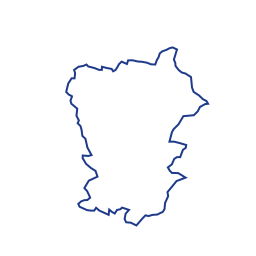 Toropi, Rio Grande do Sul, Brazil, rotated 113°
{"feature_id": "56859067B18993584825810", "entity_name": "Toropi", "entity_type": "district", "adm_level": 2, "iso_a3": "BRA", "parent_name": "Brazil", "parent_adm1": "Rio Grande do Sul", "projection": "natural_earth1", "projection_center": [-54.3, -29.476], "detail": "fine", "context": "isolated", "style": "outline", "palette": "blue", "viewbox_px": 256, "rotation_deg": 113, "n_neighbors": 0, "source": "geoboundaries", "source_scale": "gbopen_adm2", "svg_char_len": 1706}
<svg xmlns="http://www.w3.org/2000/svg" viewBox="0 0 256 256"><g transform="rotate(113 128 128)"><path d="M36.6,113.6L36.4,118.4L38.1,120.7L41.3,123.4L43.9,126.3L46.9,127.9L51.3,127.5L53.8,128.0L58.9,127.7L60.4,131.7L60.5,136.2L61.8,141.8L62.9,144.7L63.9,150.3L65.7,154.3L69.5,154.0L69.4,159.8L72.6,161.2L75.6,161.5L79.4,162.1L81.6,163.8L80.0,166.1L81.1,171.2L81.8,175.9L84.7,174.8L85.8,177.4L85.9,182.0L86.3,185.1L86.9,188.6L85.8,191.0L88.4,193.5L91.0,197.5L95.6,200.3L98.2,198.1L103.2,196.6L104.3,199.3L110.4,200.4L118.9,199.0L120.3,195.9L120.7,191.9L125.4,191.6L127.8,189.6L130.0,182.3L136.9,180.2L140.2,176.2L143.3,176.2L144.7,172.6L147.6,170.2L153.1,166.9L154.6,162.9L161.8,157.8L167.2,151.0L169.3,153.7L171.0,158.9L173.4,158.0L177.4,152.6L179.3,146.5L180.2,141.1L184.7,137.1L191.8,143.5L200.3,144.7L202.1,140.9L206.9,135.6L210.2,137.3L211.5,140.0L213.8,142.4L217.3,144.1L219.4,141.8L219.6,133.7L218.6,130.0L217.2,126.8L213.9,126.2L215.2,122.2L215.5,111.9L210.4,113.4L211.5,110.0L211.9,106.8L207.7,106.1L205.8,103.3L203.6,102.4L203.0,95.1L207.7,96.7L213.0,95.6L215.5,92.9L214.1,88.5L214.4,82.2L205.5,79.3L201.6,77.8L201.0,74.6L198.6,71.8L196.0,66.9L194.0,65.4L191.7,63.2L188.4,62.7L182.4,64.6L175.0,64.4L171.6,66.6L168.2,65.6L157.9,62.6L151.2,55.6L149.9,64.1L150.9,66.8L152.2,70.0L150.9,73.0L148.7,75.9L144.3,73.4L138.5,73.4L135.8,71.7L134.4,68.6L126.7,68.9L123.6,67.1L120.9,67.8L121.7,74.6L122.5,80.0L124.4,84.5L114.7,85.9L111.4,85.6L104.8,82.9L95.5,81.7L90.5,72.4L85.4,70.3L80.5,70.0L75.8,66.3L74.4,63.8L72.5,66.4L72.2,70.3L70.3,75.3L69.1,81.7L65.7,84.9L56.5,89.9L55.4,96.4L55.9,100.1L54.9,103.8L52.4,108.4L49.5,110.0L47.1,112.5L36.6,113.6Z" fill="none" stroke="#1e3a8a" stroke-width="2"/></g></svg>